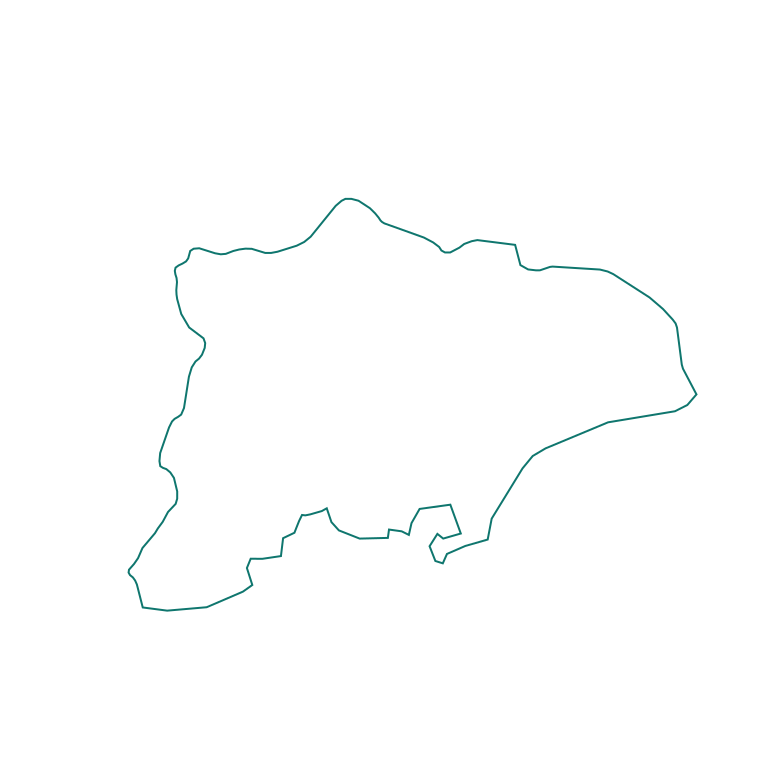 the District of Limassol, rotated 344°
{"feature_id": "CYP-3489", "entity_name": "Limassol", "entity_type": "District", "adm_level": 1, "iso_a3": "CYP", "parent_name": "Cyprus", "parent_adm1": "", "projection": "robinson", "projection_center": [32.895, 34.793], "detail": "fine", "context": "isolated", "style": "outline", "palette": "teal", "viewbox_px": 768, "rotation_deg": 344, "n_neighbors": 0, "source": "natural_earth", "source_scale": "10m", "svg_char_len": 1993}
<svg xmlns="http://www.w3.org/2000/svg" viewBox="0 0 768 768"><g transform="rotate(344 384 384)"><path d="M277.1,489.0L272.2,488.6L269.1,487.3L264.6,492.3L260.1,498.1L256.9,502.3L244.5,504.4L237.5,521.0L218.8,518.5L207.7,515.2L201.5,523.1L202.0,540.9L191.2,544.7L152.0,549.7L113.1,542.1L90.5,532.3L91.2,508.6L90.6,504.3L89.3,500.7L87.2,497.7L86.5,494.9L87.7,492.2L94.1,488.1L99.6,483.6L106.6,475.1L122.7,464.3L126.8,460.5L133.3,455.5L141.1,447.5L150.7,441.8L153.6,437.2L155.6,430.3L156.2,416.4L154.2,410.1L151.3,405.8L148.4,403.7L146.3,401.3L146.9,396.2L149.8,388.7L165.4,366.5L169.9,361.6L173.1,359.8L177.1,358.8L180.6,357.5L185.1,352.0L198.5,323.2L203.8,315.0L209.0,310.4L213.2,308.6L217.1,305.7L221.6,299.9L223.4,295.4L223.1,290.4L212.3,276.0L208.4,260.8L208.6,245.3L209.2,240.9L210.2,236.6L213.1,229.0L213.8,224.9L213.7,221.1L214.1,217.6L215.7,214.7L219.3,213.4L223.5,212.7L227.5,211.6L230.4,209.3L234.4,202.7L238.3,201.5L243.8,202.6L257.7,211.8L262.8,214.3L267.8,215.3L275.8,214.6L281.9,214.8L288.1,215.7L294.1,217.6L306.0,225.3L311.7,226.9L318.1,227.5L338.2,227.0L346.4,225.5L354.1,222.2L386.7,199.4L393.7,196.2L397.9,195.4L403.6,197.0L410.0,200.8L418.9,211.1L422.5,217.5L424.7,222.6L425.7,225.8L426.7,227.6L428.6,229.7L462.7,254.2L470.3,261.5L474.8,267.5L476.0,271.5L478.9,274.4L483.9,275.8L494.1,273.7L499.7,271.5L507.7,270.9L513.4,271.4L548.4,286.4L547.9,307.3L554.1,313.6L561.6,316.7L565.3,317.7L575.8,317.2L578.4,317.6L623.1,333.5L630.0,337.5L634.6,341.5L663.1,374.0L672.9,388.9L679.3,401.7L681.0,406.2L681.2,410.5L675.6,447.4L675.6,451.7L681.0,477.8L681.5,480.1L669.8,487.8L656.2,490.4L588.8,482.6L521.6,490.4L507.1,494.2L493.9,503.3L450.4,543.1L440.8,562.1L417.5,562.1L397.7,564.7L391.1,572.6L384.6,568.3L383.1,552.5L394.0,542.8L398.3,548.9L416.6,548.9L414.5,518.3L383.8,513.9L372.1,525.3L366.3,535.9L360.4,530.5L348.7,525.3L345.3,533.0L318.0,525.9L300.3,512.3L295.4,502.3L294.7,487.7L289.2,489.0L281.9,489.0L277.1,489.0Z" fill="none" stroke="#0f766e" stroke-width="2"/></g></svg>